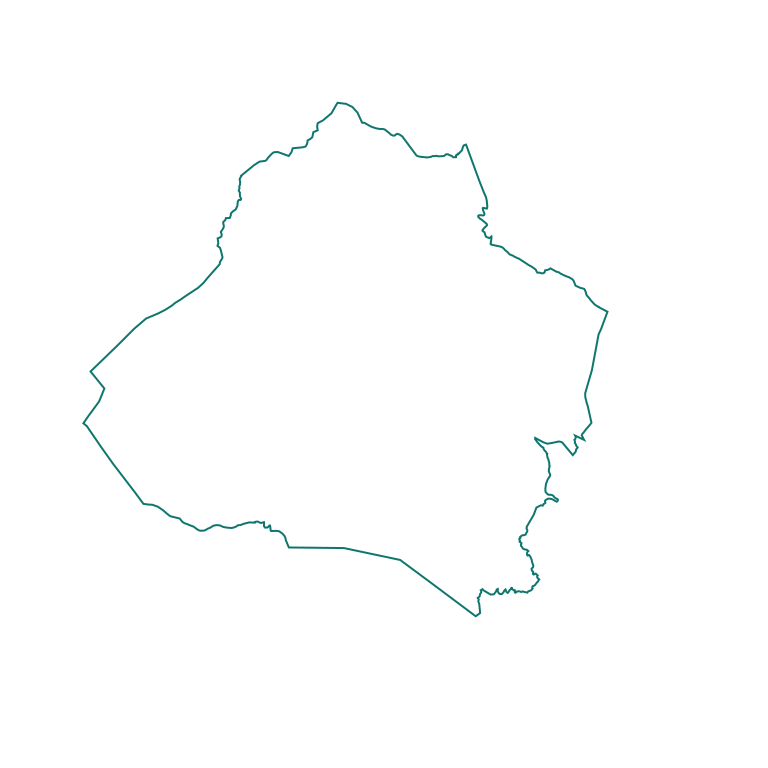 Chila, Puebla, Mexico (Natural Earth projection), rotated 127°
{"feature_id": "50627088B98885492847663", "entity_name": "Chila", "entity_type": "district", "adm_level": 2, "iso_a3": "MEX", "parent_name": "Mexico", "parent_adm1": "Puebla", "projection": "natural_earth1", "projection_center": [-97.885, 17.967], "detail": "fine", "context": "isolated", "style": "outline", "palette": "teal", "viewbox_px": 768, "rotation_deg": 127, "n_neighbors": 0, "source": "geoboundaries", "source_scale": "gbopen_adm2", "svg_char_len": 6166}
<svg xmlns="http://www.w3.org/2000/svg" viewBox="0 0 768 768"><g transform="rotate(127 384 384)"><path d="M303.4,623.4L303.4,623.1L306.4,622.8L307.4,622.5L309.4,620.3L311.5,619.0L313.5,618.4L314.6,617.2L317.1,616.3L317.9,614.2L319.4,613.2L320.7,612.0L321.6,610.6L322.0,609.5L323.3,609.3L324.4,610.7L326.2,610.6L330.0,608.3L333.9,607.5L337.1,608.6L340.0,608.9L341.4,607.9L344.2,607.1L346.7,610.1L348.5,609.4L351.3,609.9L352.6,608.9L354.4,606.8L356.2,606.1L360.8,605.8L362.2,603.6L363.8,602.7L365.2,602.9L367.8,604.5L371.2,601.1L373.9,600.1L373.9,597.0L375.4,594.8L379.9,589.3L381.2,588.8L385.4,588.4L387.2,587.3L406.0,588.8L411.7,589.0L418.9,590.3L433.2,595.4L438.8,597.2L444.6,599.5L449.3,600.7L456.1,603.2L462.9,606.5L474.9,613.4L490.3,616.8L512.6,619.9L550.6,625.9L555.9,604.6L569.4,601.0L587.6,600.8L596.3,600.4L596.5,595.9L604.3,572.8L610.8,552.3L620.6,517.1L624.5,504.0L622.2,499.8L619.9,496.4L618.1,490.8L617.8,484.3L618.2,479.1L618.2,475.1L614.4,466.3L615.4,462.1L615.3,459.7L614.2,456.6L614.0,455.2L612.5,450.2L612.5,446.0L612.3,443.8L611.5,442.0L610.8,441.3L609.8,439.9L608.2,438.7L605.5,437.6L603.1,436.2L599.8,435.0L597.4,432.7L595.7,430.0L595.0,426.7L593.6,423.6L590.7,419.0L589.0,417.6L587.1,416.4L584.7,415.6L583.0,413.7L580.3,412.1L575.5,408.2L572.8,404.1L572.4,403.7L571.9,404.1L570.7,403.1L569.8,401.9L569.3,399.4L568.9,398.4L566.6,396.8L567.5,395.9L569.7,394.4L570.3,392.6L568.6,390.6L566.0,390.3L565.6,390.0L565.9,389.5L569.3,386.2L569.4,385.7L566.2,381.8L564.7,379.1L564.6,375.0L565.3,371.8L566.3,370.1L567.9,368.3L571.8,361.6L539.1,317.2L514.8,265.2L514.5,227.6L514.3,171.0L509.1,169.4L502.4,175.5L500.9,177.8L499.0,178.7L498.5,180.4L496.0,179.8L493.9,180.9L492.3,180.8L491.1,181.5L490.5,182.6L488.6,181.9L488.9,180.5L488.0,172.1L485.8,169.7L481.8,169.7L480.3,170.3L479.2,169.8L479.6,169.3L480.2,169.2L480.9,168.6L481.6,167.4L482.0,166.1L482.0,165.0L481.5,164.6L481.0,163.6L480.5,163.4L477.7,163.3L477.2,163.5L476.0,163.6L475.0,163.3L476.4,161.0L476.4,159.6L475.7,159.3L472.6,159.6L471.7,159.2L470.7,159.6L470.1,159.5L469.9,158.9L470.4,158.4L470.7,157.8L470.6,156.7L470.0,155.6L470.1,155.0L471.3,154.7L471.5,154.4L471.7,154.1L471.5,153.3L469.7,152.8L468.5,151.8L467.8,150.4L467.5,149.2L466.3,148.5L464.4,144.0L462.8,144.0L461.7,143.2L459.9,142.2L457.8,142.3L457.6,142.7L457.2,142.9L457.0,143.3L456.1,143.6L454.5,142.6L453.5,142.4L450.2,142.4L448.9,142.1L447.6,142.5L446.7,142.4L446.5,144.8L445.7,145.8L444.4,146.0L444.3,147.8L444.1,148.4L444.3,148.9L445.9,149.6L446.1,149.9L446.0,150.8L445.2,151.3L444.4,151.5L444.0,153.6L442.9,154.9L442.3,155.0L441.6,154.8L440.6,154.7L439.2,155.4L437.1,158.6L435.5,160.3L433.6,163.8L433.3,165.2L433.7,165.7L434.4,165.8L434.6,166.1L434.5,166.7L433.5,167.7L432.3,168.3L431.7,168.4L430.6,168.2L430.4,170.1L431.4,172.0L431.8,173.3L431.8,174.1L431.3,175.2L430.8,177.1L430.4,177.7L429.8,178.0L429.0,178.0L428.4,178.4L428.4,180.7L427.5,180.8L427.1,181.9L426.4,182.7L425.3,182.4L424.9,182.5L424.9,182.9L424.3,183.2L423.1,183.0L421.8,182.6L420.0,180.8L419.1,180.3L418.8,180.3L418.1,180.6L415.7,180.8L415.3,181.0L414.2,181.9L413.6,183.3L412.7,183.6L412.2,184.1L398.3,185.7L391.0,187.9L386.9,186.0L386.3,185.5L385.6,184.0L383.8,184.3L383.1,183.9L381.8,183.6L380.6,185.0L379.7,185.1L377.6,184.4L376.7,183.7L375.7,182.5L374.7,180.1L374.3,176.1L373.9,175.1L372.5,175.0L371.7,175.5L371.5,176.1L372.0,178.4L371.9,180.0L371.5,181.1L371.4,182.3L371.8,183.6L373.4,186.0L373.6,186.9L373.0,190.0L370.7,192.0L366.3,194.5L361.5,195.9L358.0,196.0L356.7,196.4L354.3,200.1L351.6,201.6L349.8,202.3L349.6,202.9L347.1,204.9L346.7,205.8L345.5,207.0L344.4,209.1L342.2,211.4L341.4,211.7L341.4,212.6L340.8,213.6L340.4,215.9L339.7,217.7L338.9,218.4L339.2,220.4L339.1,221.7L338.1,226.8L337.0,230.2L336.1,230.8L334.6,221.4L333.4,217.6L329.6,214.0L324.7,209.8L323.6,207.5L323.5,206.1L327.2,190.4L322.7,190.2L320.5,191.2L318.8,191.0L318.0,191.2L317.9,192.6L317.6,193.4L316.8,194.3L316.2,196.2L315.0,196.8L314.0,198.3L312.6,198.2L311.0,198.8L310.2,200.3L308.2,190.6L306.0,195.2L304.6,195.6L302.4,195.4L298.2,195.4L293.4,195.0L290.1,195.0L279.1,207.9L277.2,210.6L273.2,215.5L270.2,217.8L247.8,226.3L215.2,242.5L209.5,243.7L191.8,249.0L193.4,258.6L193.2,258.6L193.7,262.1L193.7,263.6L192.7,269.3L192.0,271.3L191.3,274.9L190.9,276.0L188.8,278.7L187.7,280.8L187.6,281.5L189.1,285.2L190.2,290.2L187.5,294.6L187.0,296.3L187.3,299.9L188.6,304.5L189.6,309.5L189.6,311.6L190.6,314.1L191.5,320.7L193.5,321.4L196.3,323.7L197.9,323.0L198.4,323.2L199.1,323.1L199.9,323.7L200.7,324.6L201.4,326.7L202.8,328.6L202.3,329.9L201.5,331.1L201.3,332.8L201.4,336.7L201.9,339.7L202.7,351.6L203.2,353.4L203.9,357.0L203.9,358.3L204.3,359.3L204.9,361.9L204.3,364.6L204.2,368.1L203.7,370.1L203.7,371.8L204.1,373.5L207.9,381.7L208.1,382.3L207.9,383.3L206.8,383.6L206.0,384.4L205.1,384.6L202.2,386.4L201.6,387.0L204.0,387.6L205.0,390.8L204.5,392.1L202.4,395.0L202.4,397.3L201.9,397.9L199.3,397.9L196.1,397.3L194.9,397.4L194.3,398.4L194.0,405.0L194.2,407.0L193.8,409.3L193.3,409.8L192.8,410.0L192.1,409.7L191.1,408.5L189.9,406.5L189.1,405.8L188.3,405.8L187.4,406.5L185.7,409.3L184.4,410.8L183.7,410.9L183.2,410.0L182.5,408.2L181.9,407.4L180.2,408.2L175.5,412.5L173.3,415.2L170.8,419.7L164.3,430.3L144.1,461.5L143.5,462.7L145.5,463.9L147.0,463.7L150.4,462.4L154.0,462.8L155.0,463.1L155.6,463.6L156.0,463.0L158.0,464.1L159.5,463.0L161.2,465.1L161.1,467.2L161.8,469.4L161.9,470.8L162.6,471.9L163.1,472.6L165.6,473.2L166.4,473.9L169.4,477.5L170.1,479.3L171.6,480.8L172.7,482.3L174.5,483.3L177.1,485.9L180.5,491.5L181.5,493.5L182.0,495.5L175.3,518.3L175.4,521.5L176.1,523.8L177.2,524.6L178.7,524.8L179.6,525.4L180.3,526.6L180.7,528.6L180.4,531.1L180.3,536.7L181.3,538.9L182.6,540.3L184.7,544.5L186.3,549.6L187.2,556.9L188.5,558.7L183.2,568.5L181.8,575.9L183.1,582.9L187.4,590.3L190.1,590.1L199.4,588.9L210.2,591.4L215.6,593.9L218.7,592.3L221.3,589.6L225.4,592.0L229.3,590.1L230.4,589.8L232.6,590.3L235.5,591.6L237.1,590.6L238.3,590.1L240.4,589.6L241.7,589.6L244.0,591.5L250.7,598.8L254.6,597.4L259.2,597.3L262.5,608.0L262.9,608.8L265.3,611.5L267.8,612.2L273.2,612.8L275.3,612.6L277.1,613.0L281.4,617.3L287.5,619.5L303.4,623.4Z" fill="none" stroke="#0f766e" stroke-width="2"/></g></svg>